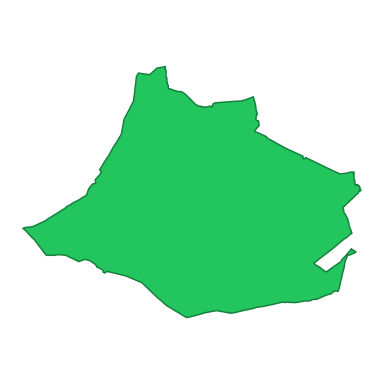 Flå nor, Buskerud, Norway
{"feature_id": "86288312B73826406337019", "entity_name": "Flå nor", "entity_type": "district", "adm_level": 2, "iso_a3": "NOR", "parent_name": "Norway", "parent_adm1": "Buskerud", "projection": "albers", "projection_center": [9.702, 60.434], "detail": "fine", "context": "isolated", "style": "filled", "palette": "green", "viewbox_px": 384, "rotation_deg": 0, "n_neighbors": 0, "source": "geoboundaries", "source_scale": "gbopen_adm2", "svg_char_len": 5687}
<svg xmlns="http://www.w3.org/2000/svg" viewBox="0 0 384 384"><path d="M165.4,66.6L163.7,67.0L157.0,68.1L153.2,71.4L152.7,72.1L149.5,74.7L138.8,73.1L138.5,73.1L138.3,73.4L136.5,76.3L133.6,101.0L130.9,106.1L130.1,107.9L124.1,119.2L121.5,133.3L120.7,135.5L120.0,136.3L116.7,142.0L113.2,147.4L110.2,152.7L109.0,155.2L107.5,157.4L107.1,157.8L106.2,159.2L103.3,163.7L102.3,165.6L101.4,166.8L100.8,167.9L99.6,169.9L101.6,171.3L101.2,171.7L101.4,171.9L101.0,172.4L99.7,174.7L99.1,175.6L97.9,176.5L97.6,177.0L97.2,177.6L95.3,179.7L95.6,183.3L92.4,184.1L92.1,184.5L88.7,188.9L86.5,195.1L77.5,200.7L73.6,202.5L70.0,204.9L67.5,206.1L64.5,208.6L48.1,218.8L45.4,220.8L32.6,226.7L25.0,227.5L23.0,228.4L26.1,231.0L28.4,233.7L32.3,237.8L34.3,239.6L42.9,251.0L44.2,252.7L45.9,254.8L46.7,255.3L53.6,255.3L58.2,254.7L65.5,255.2L78.8,261.6L84.9,259.3L90.4,260.9L95.6,264.6L97.2,267.3L98.5,267.6L103.0,270.2L103.2,272.2L104.5,273.0L107.1,271.4L125.5,275.8L141.9,282.7L157.5,297.7L161.4,300.9L166.1,305.2L186.2,317.4L189.6,317.0L198.6,314.7L204.6,312.8L214.9,310.9L216.5,310.7L218.8,311.0L219.7,311.3L222.4,311.6L226.8,312.5L227.7,312.6L231.0,313.2L235.2,312.5L244.7,310.2L253.8,308.3L256.2,307.4L262.8,306.5L273.6,304.2L283.3,301.9L283.7,301.9L284.6,302.6L285.9,302.2L286.9,302.2L287.3,302.1L289.1,302.4L290.2,302.4L290.4,302.4L290.7,302.5L290.9,302.4L295.4,302.6L298.0,302.2L305.1,300.9L306.9,301.0L309.9,300.8L311.3,300.2L312.7,299.5L314.5,299.3L316.4,299.4L325.7,295.4L329.7,294.1L330.8,294.0L334.1,291.4L335.1,291.0L336.5,291.0L337.4,291.2L338.2,291.1L338.9,289.0L339.4,287.1L339.9,285.3L340.7,281.5L342.6,273.3L342.8,272.4L343.5,269.7L343.5,269.3L343.6,269.2L343.8,269.0L344.1,267.6L344.9,262.5L345.5,260.0L346.0,259.2L346.6,258.1L347.0,257.0L347.0,256.6L347.4,255.8L348.8,255.0L349.5,255.0L351.5,254.3L351.7,254.1L353.4,253.4L354.5,253.0L355.5,252.3L355.8,251.8L354.7,251.3L354.3,250.6L353.3,250.5L352.7,249.9L352.1,249.8L351.9,249.2L351.4,248.8L348.5,252.3L347.8,253.2L345.4,256.1L343.9,257.6L342.0,259.5L341.3,260.6L341.0,261.4L340.5,262.0L337.9,263.7L326.1,272.0L324.5,270.8L323.7,270.5L319.8,267.3L316.7,265.6L315.4,264.7L313.9,263.1L316.6,261.2L318.0,260.0L321.0,257.6L331.4,249.6L336.7,245.3L340.5,242.0L344.3,238.9L347.3,237.1L347.8,236.6L349.5,235.0L351.2,233.7L351.3,233.5L351.9,233.2L351.4,232.2L351.3,231.4L350.8,229.8L350.0,228.2L349.7,227.1L349.0,224.9L348.9,223.8L348.8,223.0L348.0,220.9L348.0,220.0L347.5,218.4L345.7,215.3L345.4,214.6L344.6,213.5L343.7,211.8L343.7,211.2L343.7,210.5L343.6,210.1L343.6,209.5L343.2,208.8L342.7,207.4L343.2,207.2L344.7,205.9L347.2,203.3L348.5,202.3L350.2,200.5L352.3,198.7L356.6,194.4L357.7,193.6L358.2,192.9L358.8,191.9L361.0,190.3L360.8,190.0L360.4,189.9L360.3,190.1L360.0,190.1L359.7,189.8L359.9,189.7L359.8,189.4L359.7,188.8L360.0,188.5L360.0,188.3L360.1,188.1L359.7,187.9L359.7,187.7L359.8,187.1L359.6,186.9L359.5,186.7L359.4,186.5L359.2,186.4L359.2,186.1L359.0,185.9L358.8,185.9L358.8,185.7L358.0,185.4L357.8,185.0L357.8,184.8L357.6,184.6L357.0,184.7L357.0,185.0L356.8,185.1L356.7,185.3L356.5,185.5L356.2,185.3L355.8,185.2L355.6,185.0L355.5,184.8L355.5,184.7L355.3,184.5L355.3,184.3L355.2,184.2L354.9,184.2L354.7,184.0L354.7,183.7L354.7,183.4L354.7,183.2L354.8,183.2L354.7,183.0L354.8,182.7L354.9,182.4L354.9,181.9L354.8,181.6L354.7,181.1L354.8,180.8L354.4,180.7L354.3,180.4L354.4,180.2L354.4,179.8L354.1,179.3L354.2,179.2L353.8,177.8L353.9,177.5L354.0,177.4L353.9,177.2L353.9,176.9L353.9,176.6L353.9,176.4L353.9,176.2L354.0,175.5L353.8,174.5L353.8,174.4L353.7,174.3L353.8,174.2L353.7,174.2L353.8,174.0L353.9,173.3L353.9,173.2L353.7,172.9L353.8,172.7L353.7,172.7L353.8,172.6L353.9,172.4L353.8,172.1L353.6,172.0L349.9,172.2L346.5,173.2L340.3,174.0L334.3,171.4L305.5,157.5L305.0,158.5L304.8,158.6L304.1,159.0L303.8,159.1L303.3,159.0L303.1,158.6L302.7,158.2L302.8,157.7L303.1,157.5L302.7,157.1L302.7,156.7L302.9,156.2L284.7,147.8L267.6,138.3L266.5,136.9L265.8,136.3L257.7,132.7L256.3,132.1L255.4,132.0L254.7,131.0L255.5,129.8L256.4,128.7L257.1,127.8L258.0,126.8L258.8,126.1L259.1,125.6L259.1,125.3L259.0,124.2L258.9,123.8L258.6,122.4L258.7,121.4L258.4,120.8L257.9,120.6L257.3,120.6L256.8,120.6L256.1,119.9L255.9,119.5L255.9,118.9L256.1,118.3L255.8,117.9L255.8,117.7L256.0,117.4L256.4,116.2L256.5,115.9L256.4,115.3L256.5,115.1L257.1,114.6L257.2,114.2L257.4,113.8L257.4,113.5L257.2,113.1L256.8,112.7L256.7,112.0L256.7,111.5L256.3,111.1L256.1,109.3L255.9,108.5L255.9,108.1L255.7,107.7L255.8,107.1L255.9,106.5L255.6,106.0L255.6,105.6L255.4,105.3L255.4,104.8L255.3,104.5L255.0,104.2L255.2,103.7L255.0,103.0L254.3,100.3L253.8,98.7L253.7,98.4L253.6,97.9L253.4,96.9L251.9,97.4L244.9,100.0L242.4,100.6L240.7,101.0L230.9,101.6L215.7,102.8L214.7,103.0L213.2,103.7L212.9,104.1L212.8,104.7L212.7,104.9L212.8,105.6L212.7,105.9L212.5,106.1L212.5,106.6L211.8,107.0L211.3,106.4L211.0,106.2L210.1,106.1L209.4,106.3L207.9,106.8L206.1,107.1L204.3,107.0L203.5,107.1L202.6,106.7L201.9,106.8L201.3,106.7L201.1,106.3L200.9,106.2L200.1,106.3L199.2,106.1L198.1,106.1L197.8,105.7L197.0,105.1L196.5,105.1L195.8,104.7L186.4,95.2L184.4,93.6L182.4,92.2L181.6,91.8L180.9,91.6L176.8,91.4L176.1,90.9L174.6,90.7L174.3,90.4L173.6,90.3L170.1,88.8L169.1,88.8L168.3,88.7L168.3,88.4L168.3,88.1L168.3,87.1L168.4,86.3L168.4,86.0L168.1,85.8L168.1,85.7L168.1,85.3L168.0,85.0L167.9,84.7L167.4,84.5L167.2,84.3L167.1,83.8L167.3,83.5L167.4,83.1L167.4,82.9L167.1,82.6L167.4,82.1L167.2,81.9L166.8,81.5L166.6,81.2L166.6,80.9L166.8,80.1L166.9,79.6L166.7,78.9L166.8,78.4L166.9,77.9L166.6,77.7L166.4,77.6L166.3,76.9L166.0,76.3L165.9,75.6L166.1,71.4L165.9,70.2L165.8,69.9L165.6,69.7L165.2,69.7L165.2,68.9L165.2,68.2L165.2,67.3L165.4,66.9L165.4,66.6Z" fill="#22c55e" stroke="#15803d" stroke-width="1.5"/></svg>